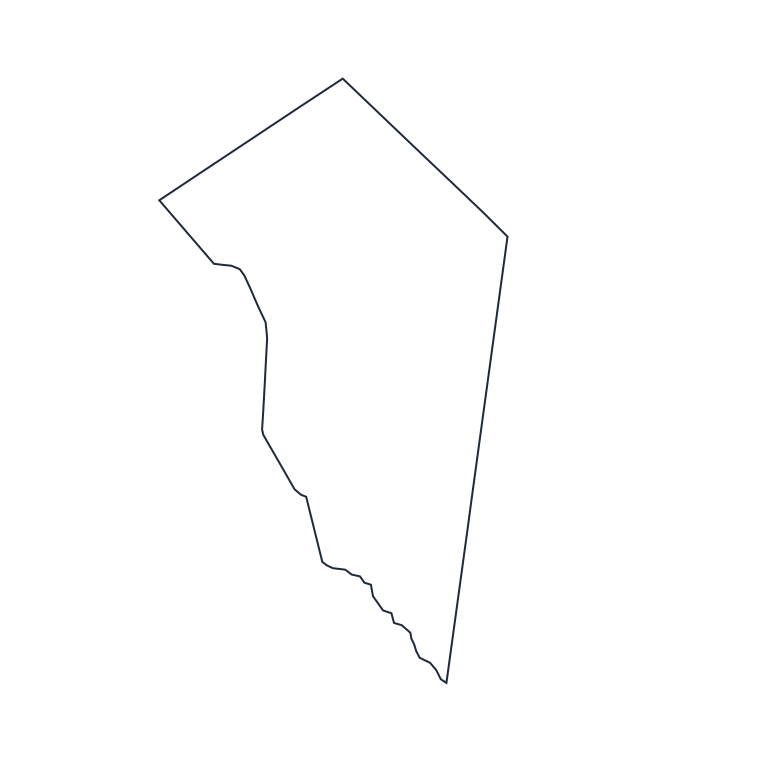 Senador Alexandre Costa, Maranhão, Brazil (Albers equal-area conic projection), rotated 73°
{"feature_id": "56859067B37234724064641", "entity_name": "Senador Alexandre Costa", "entity_type": "district", "adm_level": 2, "iso_a3": "BRA", "parent_name": "Brazil", "parent_adm1": "Maranhão", "projection": "albers", "projection_center": [-43.922, -5.258], "detail": "fine", "context": "isolated", "style": "outline", "palette": "slate", "viewbox_px": 768, "rotation_deg": 73, "n_neighbors": 0, "source": "geoboundaries", "source_scale": "gbopen_adm2", "svg_char_len": 811}
<svg xmlns="http://www.w3.org/2000/svg" viewBox="0 0 768 768"><g transform="rotate(73 384 384)"><path d="M688.1,411.7L546.1,346.0L540.0,343.2L533.4,340.2L526.0,336.8L279.2,222.8L249.7,238.6L215.4,257.9L166.4,285.6L79.9,334.2L93.7,381.3L128.9,499.4L142.6,545.2L219.3,511.5L223.1,503.0L226.2,495.5L232.0,488.4L239.1,485.9L252.6,484.0L272.4,481.8L290.3,479.2L297.7,480.6L306.4,482.5L357.2,501.0L376.8,508.2L391.9,513.9L397.3,514.3L439.1,504.7L458.6,500.3L465.6,495.8L469.1,491.4L536.2,495.0L541.0,491.4L545.2,486.7L550.2,475.4L556.8,470.6L561.0,463.2L568.3,460.8L572.1,455.2L583.8,456.6L591.4,454.0L600.3,451.1L605.4,443.9L615.4,444.3L619.8,437.6L629.6,431.5L635.4,432.3L641.5,431.3L648.6,431.3L656.3,429.9L664.2,421.4L672.8,417.7L682.9,416.0L688.1,411.7Z" fill="none" stroke="#1e293b" stroke-width="2"/></g></svg>